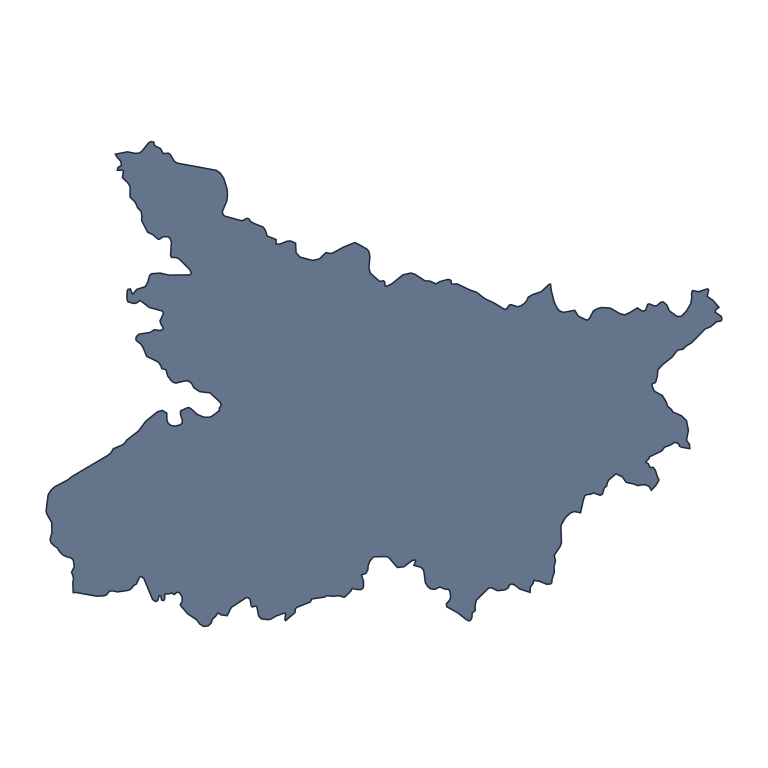 the border of Bihar
{"feature_id": "IND-3258", "entity_name": "Bihar", "entity_type": "State", "adm_level": 1, "iso_a3": "IND", "parent_name": "India", "parent_adm1": "", "projection": "mercator", "projection_center": [85.594, 25.909], "detail": "fine", "context": "isolated", "style": "filled", "palette": "slate", "viewbox_px": 768, "rotation_deg": 0, "n_neighbors": 0, "source": "natural_earth", "source_scale": "10m", "svg_char_len": 6106}
<svg xmlns="http://www.w3.org/2000/svg" viewBox="0 0 768 768"><path d="M629.7,312.6L637.4,307.9L641.5,310.7L643.7,311.0L645.7,310.0L647.6,304.5L649.3,303.8L654.2,305.9L656.5,305.9L660.6,302.4L663.0,301.8L666.8,305.0L669.1,310.3L671.0,312.1L677.4,316.6L681.6,316.1L686.7,310.7L690.8,303.4L691.8,297.2L691.5,293.7L692.5,290.5L698.5,291.7L707.0,288.9L708.3,289.2L708.6,290.4L707.2,296.4L712.9,300.3L719.0,307.3L715.7,309.9L715.2,312.2L721.3,316.3L721.9,318.9L721.4,320.8L716.5,321.8L710.5,326.8L705.2,328.9L691.5,342.9L685.9,346.2L682.9,349.3L677.9,350.0L676.7,351.2L672.1,357.1L662.7,364.6L658.9,368.7L657.8,370.5L657.4,375.8L655.9,381.5L655.0,382.8L652.6,383.6L651.8,385.4L654.3,391.1L662.4,395.6L666.1,401.6L667.7,406.2L671.5,409.6L672.9,412.0L681.4,415.7L686.5,420.6L688.4,430.2L686.5,440.3L689.5,444.4L689.8,448.7L681.5,447.2L679.4,446.2L679.1,444.6L677.3,443.1L674.7,442.3L670.2,445.2L664.5,447.2L662.1,450.6L660.3,451.7L649.2,457.0L649.1,458.4L646.2,461.4L646.1,462.5L648.3,463.7L650.1,467.4L653.4,467.5L655.4,470.3L657.5,477.1L658.8,479.2L658.7,480.8L655.9,485.4L651.3,490.3L649.5,486.9L646.7,485.2L643.5,484.7L637.4,485.6L634.5,484.2L626.2,482.4L622.4,476.9L616.0,473.8L608.9,479.8L607.4,482.5L606.7,485.9L604.2,488.1L602.5,494.1L600.2,495.3L593.3,492.9L590.8,494.2L586.0,494.8L584.6,496.3L583.4,500.0L580.5,512.8L574.4,511.5L570.2,513.1L565.5,517.6L561.5,524.4L560.9,526.7L561.5,542.8L560.2,546.4L554.2,555.5L555.5,560.5L554.0,567.3L554.4,572.0L552.0,579.5L551.8,582.6L550.7,583.9L546.8,584.3L539.7,581.4L533.8,580.3L533.5,582.6L530.2,587.5L530.1,592.4L519.7,589.0L515.4,585.5L511.8,583.9L509.4,585.0L508.1,588.1L504.6,590.0L497.4,590.7L491.7,587.9L488.8,587.9L476.4,600.1L475.1,605.3L475.3,610.4L472.1,613.2L472.0,617.5L470.3,620.5L468.8,620.9L465.8,619.2L457.5,612.7L446.8,606.8L446.3,603.9L449.8,599.8L450.6,597.0L450.1,592.2L448.7,589.4L444.9,589.1L439.7,587.0L435.3,589.2L433.0,589.3L430.3,588.7L427.9,586.7L425.3,582.6L423.9,571.5L422.6,568.7L420.4,567.1L413.8,565.4L415.7,561.3L414.8,559.8L411.8,560.8L403.8,566.8L397.3,567.5L388.8,557.6L386.4,556.6L374.8,556.8L372.9,557.3L369.7,561.5L368.2,565.5L367.8,569.9L366.0,573.4L361.5,574.9L363.5,581.3L363.5,586.8L362.7,588.5L361.0,589.6L357.7,589.6L352.1,588.5L351.0,590.9L345.0,596.9L343.8,597.2L339.1,595.7L333.2,596.3L326.7,595.7L324.4,597.1L311.7,599.0L310.4,602.0L296.8,607.4L295.4,608.8L295.0,612.6L285.7,620.6L284.8,619.7L285.6,614.5L285.4,613.3L284.6,613.0L275.7,616.2L271.2,619.0L268.4,619.7L261.3,618.9L258.6,616.0L256.8,606.6L255.8,606.0L252.4,607.0L251.3,606.3L250.0,599.3L248.3,597.8L246.3,597.6L231.3,607.4L227.2,615.7L221.0,614.9L217.8,612.8L215.7,616.2L212.5,619.1L211.2,623.0L208.4,625.8L203.7,626.5L199.6,623.9L196.9,620.0L187.6,613.8L180.6,605.6L180.3,604.4L182.1,601.5L182.0,596.7L179.4,592.5L176.7,592.4L174.4,594.5L171.4,593.1L168.5,594.0L165.5,593.9L164.7,594.4L164.8,598.5L163.8,600.6L161.6,600.1L160.9,596.3L159.2,595.5L157.7,600.6L155.6,601.6L152.5,599.4L143.9,578.6L140.9,576.3L139.5,577.3L136.4,584.0L133.3,585.8L131.7,588.3L129.6,589.8L126.9,590.6L117.6,591.9L112.0,590.8L109.2,591.5L106.4,595.0L104.0,595.8L96.7,596.2L75.3,592.4L73.2,592.7L72.8,583.3L73.5,577.9L71.6,572.1L74.3,566.7L73.3,560.3L71.3,558.0L66.3,556.7L62.6,554.8L59.8,551.9L57.1,547.6L54.1,545.8L51.1,542.8L50.4,541.1L50.1,539.1L51.9,532.7L51.7,522.6L46.6,513.6L46.1,510.6L48.1,494.9L50.7,490.5L54.4,487.0L67.9,479.8L72.2,476.4L107.4,455.6L111.0,452.8L113.2,448.8L122.6,444.8L124.9,442.9L126.8,440.0L138.4,431.1L145.8,421.2L157.4,411.8L162.3,410.4L166.8,413.1L166.9,419.8L168.1,423.2L171.0,425.5L175.4,426.1L179.9,424.9L181.9,423.5L182.4,420.3L180.4,414.3L180.6,410.9L186.2,408.2L188.5,407.5L190.5,408.3L197.4,414.5L204.0,417.2L209.1,417.2L211.5,416.5L218.3,411.5L219.4,410.2L219.3,408.1L220.8,406.2L221.0,404.2L220.1,402.2L210.1,392.9L199.9,391.7L193.9,387.8L191.7,383.6L188.7,381.1L184.7,381.0L175.9,383.1L173.4,382.4L171.0,380.5L167.7,375.9L165.9,369.7L161.8,368.6L160.8,365.6L158.3,362.1L146.7,356.4L143.1,347.6L141.0,344.3L136.3,340.5L135.8,339.2L136.4,336.5L139.0,334.1L150.1,332.5L154.3,329.7L160.6,330.6L163.1,329.0L163.3,327.8L161.2,324.8L159.9,321.0L163.2,314.1L163.2,312.4L162.0,310.9L149.6,307.6L140.1,300.4L136.7,302.9L133.7,303.5L127.9,301.8L126.9,298.7L127.1,291.5L127.9,289.4L130.4,288.9L132.0,293.3L133.0,294.0L136.7,289.4L145.3,286.6L147.6,282.5L149.6,275.5L151.4,273.7L160.3,273.1L169.1,275.1L189.9,274.9L191.4,273.0L189.7,269.5L179.5,259.3L176.4,257.6L171.4,257.4L170.5,255.1L171.4,242.7L170.6,239.6L168.6,236.9L163.4,236.6L159.5,239.2L158.2,239.3L153.0,234.8L147.5,232.1L141.6,220.5L141.9,215.8L141.1,211.3L137.7,207.9L135.2,202.2L130.0,197.0L130.1,186.5L127.6,182.6L122.4,177.7L123.4,171.0L122.1,170.1L117.3,170.3L118.0,167.6L121.3,165.3L121.3,164.0L120.5,161.0L116.6,156.6L115.4,154.2L127.5,151.8L134.7,153.3L139.0,153.2L141.9,151.2L148.7,142.7L151.4,141.5L153.8,142.1L154.4,144.9L155.7,146.2L160.4,148.4L163.2,153.5L168.5,153.2L170.4,154.6L174.3,161.2L177.2,163.1L216.2,170.3L220.2,173.1L223.7,178.2L227.2,189.4L227.5,195.3L226.7,201.3L222.3,211.6L223.1,214.9L224.8,216.1L241.2,220.6L242.7,220.6L246.8,218.3L248.9,218.8L250.3,221.2L253.5,223.2L263.3,227.2L265.3,230.1L267.2,236.0L276.1,239.5L276.1,243.9L279.6,244.2L287.2,241.2L290.3,240.9L295.6,243.1L296.1,252.9L300.1,257.1L312.6,260.4L319.4,258.9L326.0,252.6L330.8,253.5L333.3,252.7L344.1,246.8L354.8,242.6L356.3,243.1L366.9,249.1L368.9,251.4L369.9,256.6L368.9,267.8L370.4,273.2L379.6,281.4L383.5,280.8L384.6,281.7L385.1,285.5L386.0,286.4L391.2,284.3L402.8,274.9L410.9,273.0L415.0,274.3L425.0,280.8L430.0,281.1L435.9,283.9L439.9,281.6L447.9,279.4L450.2,279.9L451.2,280.9L451.2,283.1L452.2,284.1L457.3,283.9L469.7,289.9L476.5,292.2L485.0,298.8L494.2,303.0L503.6,308.8L506.1,309.4L509.5,304.9L511.3,304.7L517.4,306.8L520.8,305.8L524.2,303.6L526.8,300.6L528.2,297.2L532.4,294.7L541.3,291.6L549.1,284.3L550.6,284.2L551.1,289.7L554.1,301.6L556.3,306.7L559.4,310.8L563.3,312.4L574.7,310.3L578.3,316.1L585.8,319.7L587.6,320.1L589.3,318.6L593.4,311.0L597.1,308.7L601.5,307.5L610.2,308.0L619.9,313.6L624.6,314.9L629.7,312.6Z" fill="#64748b" stroke="#1e293b" stroke-width="1.5"/></svg>